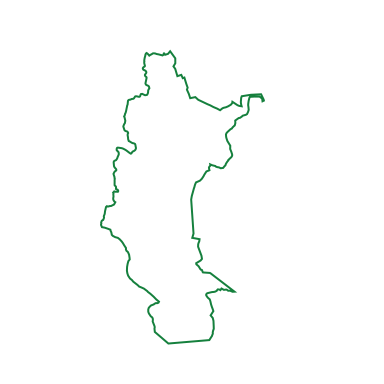 outline of Ixtepec, Puebla, Mexico, rotated 342°
{"feature_id": "50627088B58089687429718", "entity_name": "Ixtepec", "entity_type": "district", "adm_level": 2, "iso_a3": "MEX", "parent_name": "Mexico", "parent_adm1": "Puebla", "projection": "robinson", "projection_center": [-97.64, 20.04], "detail": "fine", "context": "isolated", "style": "outline", "palette": "green", "viewbox_px": 384, "rotation_deg": 342, "n_neighbors": 0, "source": "geoboundaries", "source_scale": "gbopen_adm2", "svg_char_len": 6015}
<svg xmlns="http://www.w3.org/2000/svg" viewBox="0 0 384 384"><g transform="rotate(342 192 192)"><path d="M287.1,127.5L288.6,127.3L288.7,126.2L287.9,120.4L277.9,117.7L268.9,116.3L267.9,117.6L266.2,121.6L265.8,123.8L265.7,125.8L263.5,124.7L262.1,123.5L258.3,118.7L257.7,119.9L255.9,121.0L252.7,121.7L250.3,121.9L248.3,121.7L246.9,121.8L244.0,122.9L241.6,120.4L238.6,117.8L236.1,115.2L234.0,113.4L226.4,106.2L224.5,102.8L219.3,102.2L219.3,97.8L218.8,93.1L220.1,91.4L220.0,87.6L220.1,80.8L218.4,80.9L218.0,77.3L213.9,77.3L214.1,69.7L213.2,66.8L215.9,64.4L217.4,59.7L216.1,55.7L214.7,51.4L211.9,53.2L208.9,53.2L208.4,51.6L208.0,51.5L207.2,52.7L206.2,53.0L202.6,50.7L200.9,49.8L200.0,49.0L199.0,48.5L198.1,48.2L197.5,48.1L195.9,48.6L195.1,48.6L193.5,49.1L193.0,47.8L192.6,47.0L191.8,45.8L190.9,46.1L189.9,47.4L189.8,47.8L188.5,49.7L187.6,51.4L187.1,52.5L187.1,53.0L186.9,53.2L186.4,54.6L186.2,57.5L186.0,57.8L185.7,58.0L184.5,58.3L184.1,58.5L183.6,58.9L183.4,59.3L183.4,59.8L183.4,60.3L183.6,60.7L184.6,61.7L185.1,62.1L185.4,62.7L185.6,63.3L185.6,63.8L185.4,64.4L184.8,65.0L184.0,65.5L183.5,65.9L183.3,66.4L183.3,66.9L183.4,67.3L183.6,67.8L184.1,68.5L184.1,69.4L181.3,74.3L181.3,75.2L181.5,75.9L182.2,76.6L182.8,77.1L183.4,77.8L183.6,78.4L183.6,79.2L183.5,80.2L182.5,81.0L181.7,81.9L181.2,83.2L180.8,84.1L180.3,84.7L179.5,85.6L178.9,85.7L177.9,85.6L177.2,85.4L176.0,84.3L175.0,83.3L174.4,83.2L173.7,83.1L173.3,83.4L172.3,84.8L171.9,85.1L171.5,85.2L170.8,85.0L169.3,84.1L168.3,83.6L167.8,83.6L167.4,83.6L165.7,85.0L165.4,85.1L164.7,85.2L163.9,85.0L163.2,84.9L162.2,85.1L161.5,85.1L161.0,84.9L160.5,84.9L160.0,85.0L159.5,85.3L159.2,85.7L158.4,87.5L157.8,88.9L157.1,89.7L154.4,94.5L153.3,96.2L152.6,96.8L152.2,97.5L151.5,98.6L150.8,99.1L150.9,100.3L150.6,103.6L150.4,104.0L149.4,105.8L148.6,106.4L147.7,107.4L147.3,107.9L146.9,108.6L146.9,109.8L146.9,112.3L147.2,112.9L147.6,113.4L148.2,113.9L148.8,114.2L149.3,114.9L149.5,115.6L149.5,116.2L148.7,117.1L148.3,118.2L148.0,120.4L147.6,122.0L147.6,124.0L148.3,124.6L149.9,126.5L150.8,127.3L151.5,127.6L152.1,128.1L152.7,128.8L152.7,129.9L152.5,131.0L152.4,132.2L152.2,133.1L151.7,133.8L151.0,134.5L150.3,134.8L149.2,135.1L148.1,135.2L147.3,135.7L146.2,136.6L145.6,136.6L145.0,135.9L144.1,134.7L143.5,133.8L142.4,132.2L141.2,130.8L139.7,129.3L138.7,128.6L135.5,127.0L134.8,126.8L134.4,126.9L133.9,127.4L133.5,128.2L133.3,128.9L133.7,129.7L133.8,130.3L134.2,130.7L134.4,131.4L134.4,132.1L134.2,132.9L133.9,133.7L133.3,134.4L132.2,135.6L131.4,136.7L130.6,137.5L129.6,138.2L127.9,138.4L127.5,138.6L127.1,138.8L126.9,139.2L126.6,139.8L126.0,142.5L125.8,143.5L125.9,144.1L126.0,144.7L126.9,146.8L126.9,147.3L126.8,147.8L126.1,148.3L124.9,148.6L124.3,149.1L123.0,150.4L122.9,150.9L122.9,151.3L122.9,152.9L122.9,154.0L122.6,154.8L122.7,155.3L121.8,157.5L121.7,158.0L121.0,160.0L120.8,160.7L120.6,161.2L120.5,161.9L121.2,163.0L121.3,163.6L121.0,164.7L120.6,165.6L121.3,166.3L121.9,166.8L122.2,167.6L122.2,168.0L122.0,168.5L121.8,168.8L121.3,168.8L119.8,168.2L119.2,168.1L118.6,167.8L118.2,167.4L116.8,168.2L116.9,169.1L116.5,169.8L116.0,171.8L115.8,172.4L115.2,173.4L114.9,174.4L114.8,175.1L115.0,176.4L115.2,176.9L115.5,177.5L115.9,178.0L114.0,179.8L110.7,180.3L109.9,180.1L109.1,179.9L108.6,180.0L107.3,179.8L107.0,179.6L106.7,179.2L106.4,179.3L106.2,179.4L105.6,179.7L103.3,183.5L102.5,185.3L101.9,186.3L101.0,187.3L100.6,187.9L100.5,188.9L100.0,189.8L98.9,191.1L98.3,191.1L97.2,191.6L96.2,192.9L96.0,194.1L95.6,194.5L95.3,195.2L95.5,197.6L97.9,198.9L100.7,201.0L102.7,202.6L102.6,204.0L102.8,205.3L102.7,206.4L102.5,207.9L103.1,209.2L105.0,211.2L107.3,212.7L108.6,214.6L109.9,217.4L110.5,219.3L111.0,221.6L111.9,224.9L111.4,226.2L111.5,227.6L112.5,229.3L112.8,232.1L112.3,235.2L111.9,236.9L110.1,238.1L108.6,240.4L107.1,243.2L105.8,246.7L105.4,249.3L105.4,251.8L106.3,255.1L107.7,257.2L108.4,259.1L111.2,263.2L112.1,264.7L112.4,265.5L114.2,267.0L116.4,269.0L117.8,271.0L118.8,272.4L119.2,273.4L121.0,276.0L123.2,279.8L124.8,283.1L126.7,286.1L125.9,286.9L124.7,287.0L123.3,286.5L121.8,286.7L120.9,287.1L118.8,287.2L118.1,287.2L116.4,288.0L115.1,288.8L114.1,290.2L113.5,292.0L113.4,292.9L113.5,294.3L114.4,297.5L115.3,298.8L115.6,300.0L115.3,301.5L114.6,303.0L114.9,308.2L114.7,309.2L114.1,310.3L113.4,313.6L122.7,328.8L162.7,338.2L165.6,335.8L166.4,335.2L167.0,334.4L168.0,333.2L168.4,331.8L169.3,330.3L170.4,328.9L171.1,326.6L172.6,321.2L172.8,318.2L171.6,315.1L175.5,311.9L175.5,309.3L175.4,307.5L175.4,304.8L175.7,301.7L175.7,299.6L174.4,297.4L173.8,295.7L173.6,294.3L174.1,293.6L174.6,293.2L175.4,293.0L179.7,293.3L180.8,293.5L181.9,293.8L183.4,293.9L185.0,293.6L185.7,293.0L186.4,292.6L187.2,292.9L187.8,293.2L188.7,294.1L190.2,292.9L191.2,293.9L191.9,294.8L192.8,295.1L194.1,295.3L194.7,295.5L194.9,295.7L195.9,297.1L197.7,297.6L199.7,299.4L201.6,299.9L184.7,275.3L184.0,274.5L177.6,271.9L177.4,271.2L177.4,269.4L177.1,269.0L176.6,268.8L176.4,268.5L176.0,267.6L175.7,266.1L175.3,264.6L173.8,262.1L174.0,261.0L179.1,259.8L180.8,258.7L181.3,255.6L180.9,245.9L181.7,243.7L182.4,242.6L183.7,241.1L184.6,239.2L178.1,235.7L180.6,232.0L188.9,198.9L190.6,195.7L194.9,189.2L195.9,187.9L196.7,186.6L197.7,185.3L198.8,184.1L203.0,183.7L205.4,182.5L207.8,180.6L209.0,179.4L210.7,178.0L212.1,176.9L215.3,176.7L215.6,174.2L216.2,173.4L217.8,172.4L217.9,171.4L219.5,172.8L222.2,174.5L222.7,175.4L223.8,176.2L225.2,176.9L226.7,178.3L229.1,178.7L230.7,177.6L232.0,177.0L232.6,176.1L233.5,175.2L235.0,174.0L236.3,173.2L236.3,172.9L237.6,172.2L240.2,171.0L241.4,169.9L241.8,168.6L241.8,165.8L241.6,162.9L242.7,159.8L241.4,154.4L241.4,151.0L241.6,149.7L242.1,147.7L243.2,146.5L244.5,145.8L248.0,144.2L249.6,143.9L250.4,143.2L252.2,142.3L253.2,141.9L254.5,139.9L255.2,137.4L257.7,136.6L259.2,136.1L260.5,136.3L262.6,135.7L263.8,135.1L266.5,135.2L267.3,135.2L268.4,134.9L268.9,134.4L270.1,133.1L271.3,131.4L271.9,128.8L272.2,127.0L272.6,125.8L273.4,124.1L274.1,122.7L275.6,120.3L276.5,119.4L281.1,120.6L285.8,122.2L287.6,124.9L287.1,127.5Z" fill="none" stroke="#15803d" stroke-width="2"/></g></svg>